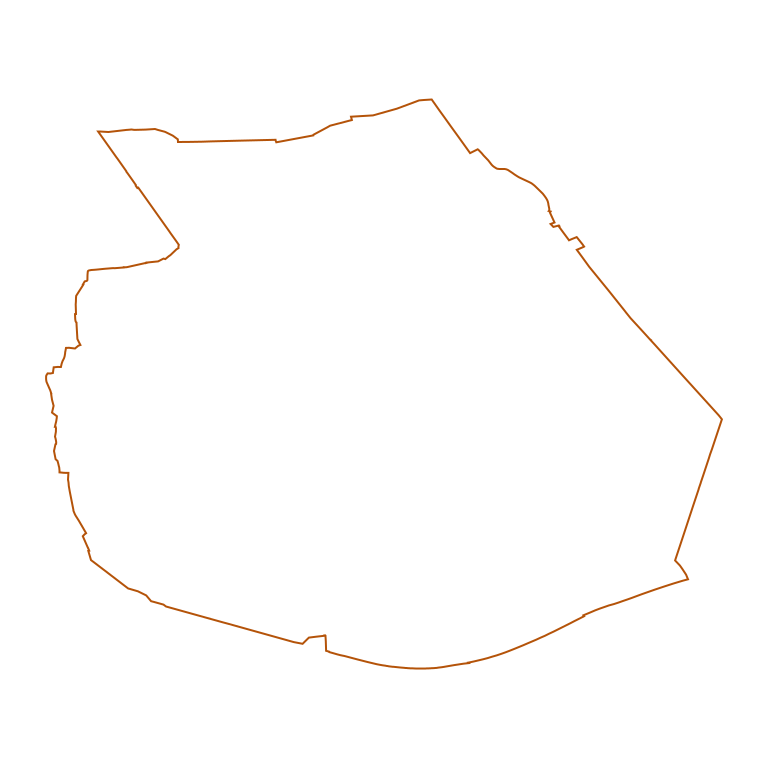 Best, Noord-Brabant, Netherlands
{"feature_id": "6326949B75137291849873", "entity_name": "Best", "entity_type": "district", "adm_level": 2, "iso_a3": "NLD", "parent_name": "Netherlands", "parent_adm1": "Noord-Brabant", "projection": "natural_earth1", "projection_center": [5.39, 51.516], "detail": "fine", "context": "isolated", "style": "outline", "palette": "amber", "viewbox_px": 768, "rotation_deg": 0, "n_neighbors": 0, "source": "geoboundaries", "source_scale": "gbopen_adm2", "svg_char_len": 5739}
<svg xmlns="http://www.w3.org/2000/svg" viewBox="0 0 768 768"><path d="M332.9,653.1L337.4,654.4L340.9,655.3L341.6,655.4L341.9,655.5L344.0,655.9L346.0,656.4L357.3,659.4L367.5,662.0L376.7,664.2L379.8,664.8L382.6,665.3L385.5,665.7L386.3,665.9L387.1,666.0L387.9,666.1L388.7,666.3L389.5,666.4L390.3,666.5L391.2,666.6L392.0,666.7L392.8,666.8L393.6,666.8L394.4,666.9L400.2,667.5L403.9,667.8L404.8,667.9L405.6,668.0L406.5,668.0L407.3,668.1L408.2,668.2L409.1,668.2L409.9,668.3L410.8,668.3L411.6,668.3L415.4,668.5L416.4,668.5L417.4,668.5L418.5,668.5L419.5,668.5L420.5,668.5L421.6,668.5L422.6,668.5L423.6,668.5L424.7,668.5L425.8,668.5L426.7,668.4L427.6,668.4L428.6,668.4L429.5,668.3L430.5,668.3L431.4,668.2L432.3,668.2L433.3,668.1L434.2,668.1L435.1,668.0L436.7,667.9L438.4,667.6L441.9,667.2L444.4,666.8L444.9,666.7L454.2,665.1L456.9,664.7L460.1,664.2L463.4,663.7L468.8,663.1L468.4,662.6L469.0,662.5L473.7,661.5L478.4,660.4L483.0,659.3L487.6,658.1L492.1,656.7L496.6,655.4L501.1,653.9L505.6,652.3L510.0,650.6L514.3,648.9L518.7,647.1L523.1,645.3L527.5,643.4L536.2,639.7L540.5,637.7L544.9,635.8L549.1,633.7L553.4,631.7L557.6,629.6L561.8,627.5L570.2,623.3L574.4,621.1L577.4,619.6L584.1,616.2L583.4,615.3L588.7,613.1L590.4,612.4L595.3,610.3L599.8,608.6L604.4,607.0L609.0,605.4L613.8,604.1L618.4,602.6L622.9,601.0L627.6,599.4L632.1,597.8L635.3,596.6L641.8,594.2L654.9,589.6L664.2,586.5L673.5,583.5L682.8,580.7L688.0,579.3L686.1,574.7L682.3,568.9L679.9,565.5L675.1,560.5L675.4,559.5L681.1,542.3L685.4,529.3L692.7,507.1L698.7,489.1L698.7,488.8L700.7,483.0L700.9,482.2L701.1,481.6L703.2,475.4L708.8,458.5L710.1,454.3L712.0,449.0L719.2,427.4L721.9,419.3L718.8,415.4L700.4,395.1L682.8,375.7L654.1,343.9L650.4,339.9L650.6,339.8L649.5,338.9L642.7,331.4L630.5,318.1L626.5,313.1L626.3,312.9L625.1,311.3L614.5,298.0L609.4,291.6L595.8,274.9L589.2,266.8L582.1,257.0L576.8,249.8L583.4,247.0L584.1,246.6L583.1,245.2L582.7,244.6L578.4,239.2L576.8,237.2L576.7,237.1L572.0,239.0L569.0,240.3L568.4,239.4L562.9,232.0L558.6,226.1L559.2,225.9L558.9,225.5L553.4,226.9L550.6,224.0L554.5,222.5L549.9,212.5L550.1,212.3L550.6,211.5L548.9,211.0L549.0,210.9L549.2,210.1L549.3,209.3L549.3,208.9L548.4,204.6L548.3,203.6L547.8,201.6L547.3,200.3L546.2,198.3L544.5,195.9L542.8,193.7L537.2,188.2L534.6,185.7L533.5,184.8L531.8,183.5L530.8,182.9L529.0,182.0L523.0,179.2L519.2,177.4L517.5,176.4L514.4,174.4L512.5,173.0L508.3,170.2L507.6,169.8L507.3,169.7L506.2,169.3L505.9,169.2L505.1,169.1L504.7,169.0L504.2,169.0L503.7,169.0L503.1,169.0L501.9,169.0L500.1,169.0L499.6,169.0L499.1,169.0L498.6,168.9L498.2,168.9L497.6,168.8L497.2,168.7L496.8,168.6L496.5,168.4L495.9,168.1L495.2,167.6L494.5,167.2L493.7,166.6L492.9,166.0L492.2,165.3L491.6,164.7L488.2,160.3L483.6,155.5L481.6,153.1L478.6,150.0L477.7,149.3L470.1,153.1L467.3,149.2L458.7,137.2L450.3,125.6L444.3,117.2L439.6,110.7L431.7,99.5L423.9,100.0L419.1,100.4L396.8,108.7L385.1,112.0L373.0,115.4L368.0,115.7L351.0,116.7L351.9,120.0L330.1,125.7L327.5,127.2L313.7,134.6L313.3,134.9L313.3,135.4L288.6,140.0L276.3,142.3L275.5,140.2L275.5,139.8L242.2,140.6L210.9,141.4L202.1,141.7L190.0,141.9L178.0,142.0L177.8,139.3L177.2,138.9L173.7,136.3L172.7,135.6L165.4,132.0L164.6,131.7L157.8,129.9L155.0,129.0L145.6,129.6L134.3,129.9L131.5,129.5L129.4,129.7L127.0,129.9L126.7,129.9L108.4,132.0L99.7,131.5L98.1,131.5L103.5,139.1L116.7,157.7L117.2,158.3L126.3,171.2L126.3,171.6L127.8,173.6L132.2,179.8L135.9,185.1L135.7,185.7L136.9,187.4L137.0,187.2L137.8,188.0L138.3,187.7L169.6,231.8L170.4,233.0L176.0,240.8L178.8,244.8L178.6,245.7L178.4,247.0L178.5,248.1L176.5,249.3L170.4,255.1L170.0,255.4L168.8,256.2L165.3,259.1L163.6,258.6L163.1,258.8L158.1,261.4L155.0,261.7L148.3,262.4L148.0,262.4L147.9,262.5L146.9,262.5L146.9,262.8L145.8,263.1L145.7,262.8L145.1,263.1L132.1,266.0L128.1,266.9L127.2,267.1L125.8,267.3L123.8,267.2L123.8,267.5L122.1,267.6L114.7,268.2L113.2,268.1L104.6,268.8L97.7,269.5L94.4,269.8L91.3,270.0L89.7,270.3L89.1,270.4L88.6,270.6L88.1,270.9L87.8,271.5L87.5,275.0L87.4,280.1L86.8,280.9L84.7,281.4L82.9,284.5L83.3,284.7L76.2,295.8L76.1,296.3L76.1,296.8L76.1,297.2L76.0,297.5L75.9,301.6L75.8,303.0L75.7,304.3L76.0,314.0L75.0,314.1L75.2,318.5L75.3,319.7L75.6,321.3L76.4,322.8L76.5,322.8L76.6,325.5L77.4,339.0L78.7,341.7L80.4,345.0L79.8,345.2L78.7,345.6L78.4,345.7L75.0,348.5L69.1,347.8L66.0,347.9L65.4,351.2L65.2,352.0L65.1,353.4L64.8,355.3L64.6,356.4L64.1,358.0L63.5,359.3L62.6,361.0L61.7,363.5L60.9,367.0L60.6,367.0L59.7,367.0L57.7,366.9L57.1,367.0L53.7,367.3L52.9,373.0L50.4,373.5L47.6,373.4L46.4,375.3L46.2,375.9L46.1,376.7L46.1,377.6L46.1,378.1L46.1,379.0L46.2,380.1L46.3,380.7L46.4,381.3L46.5,381.7L46.7,382.3L49.2,388.0L50.2,390.2L51.3,393.6L51.1,393.7L52.0,399.7L53.6,405.8L52.0,412.6L56.9,416.2L56.7,418.3L56.6,418.8L56.3,420.7L56.1,421.8L55.7,423.3L54.9,426.8L55.6,426.8L56.0,428.2L55.9,430.8L55.9,431.7L55.1,436.2L55.0,436.6L55.5,438.3L55.8,439.7L56.1,441.5L56.2,442.3L56.1,443.8L55.9,443.8L55.7,443.9L55.5,444.2L55.4,444.5L55.2,445.5L54.0,451.0L55.6,459.2L57.5,460.9L58.2,463.4L58.9,466.4L59.2,467.4L59.5,470.5L59.5,472.4L60.9,472.5L63.8,472.8L66.7,472.9L68.4,472.9L68.0,479.9L68.1,480.1L68.5,482.4L68.6,483.5L68.8,486.0L69.0,487.1L69.8,491.7L73.4,509.9L73.4,510.4L73.6,511.2L74.9,514.3L75.6,515.6L76.1,516.4L78.9,520.8L86.1,533.2L84.6,534.3L82.8,536.2L87.9,547.8L88.0,547.8L89.2,550.7L88.3,550.9L91.0,560.1L97.6,565.1L128.2,588.5L129.4,588.8L137.9,591.3L146.2,595.4L151.1,601.2L153.8,601.9L163.5,604.6L166.0,606.5L222.7,622.3L228.3,623.8L284.5,639.5L293.8,642.1L298.5,643.0L302.6,643.8L308.9,637.6L316.2,636.7L324.1,635.8L324.2,635.4L325.0,635.4L325.3,635.4L325.5,635.7L325.5,636.3L325.8,641.2L325.9,644.4L326.0,647.5L326.1,650.8L327.9,651.3L329.2,651.7L329.3,652.1L332.9,653.1Z" fill="none" stroke="#b45309" stroke-width="2"/></svg>